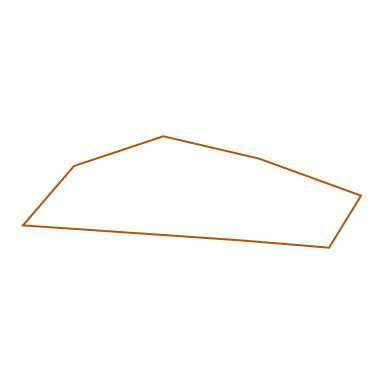 outline of Harbour Island
{"feature_id": "BHS-5026", "entity_name": "Harbour Island", "entity_type": "District", "adm_level": 1, "iso_a3": "BHS", "parent_name": "The Bahamas", "parent_adm1": "", "projection": "robinson", "projection_center": [-76.765, 25.545], "detail": "fine", "context": "isolated", "style": "outline", "palette": "amber", "viewbox_px": 384, "rotation_deg": 0, "n_neighbors": 0, "source": "natural_earth", "source_scale": "10m", "svg_char_len": 221}
<svg xmlns="http://www.w3.org/2000/svg" viewBox="0 0 384 384"><path d="M163.3,136.3L258.9,158.6L361.0,195.7L329.1,247.7L239.8,240.3L23.0,225.4L74.0,166.0L163.3,136.3Z" fill="none" stroke="#b45309" stroke-width="2"/></svg>